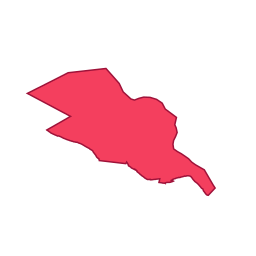 the district of Schouwen-Duiveland, Zeeland, Netherlands, rotated 28°
{"feature_id": "6326949B19243153872397", "entity_name": "Schouwen-Duiveland", "entity_type": "district", "adm_level": 2, "iso_a3": "NLD", "parent_name": "Netherlands", "parent_adm1": "Zeeland", "projection": "robinson", "projection_center": [3.94, 51.688], "detail": "fine", "context": "isolated", "style": "filled", "palette": "rose", "viewbox_px": 256, "rotation_deg": 28, "n_neighbors": 0, "source": "geoboundaries", "source_scale": "gbopen_adm2", "svg_char_len": 4917}
<svg xmlns="http://www.w3.org/2000/svg" viewBox="0 0 256 256"><g transform="rotate(28 128 128)"><path d="M233.1,140.1L230.0,138.4L215.0,129.1L204.8,128.8L200.2,128.2L195.9,126.7L191.8,126.2L187.2,125.7L182.6,125.6L178.1,125.0L175.3,121.2L174.1,117.5L174.0,113.2L173.5,108.9L170.4,105.2L167.8,103.2L165.8,95.9L152.0,93.8L146.5,90.0L139.8,89.3L133.1,90.6L127.3,93.4L123.8,96.6L120.6,100.3L117.0,101.0L106.8,98.4L99.3,92.8L80.6,85.8L63.1,97.8L49.2,107.3L37.8,123.6L29.1,135.9L22.9,144.7L71.8,144.7L63.9,157.3L57.2,167.9L57.5,168.0L57.9,168.0L58.6,168.0L60.3,168.3L60.6,168.3L60.9,168.3L62.4,168.6L62.6,168.6L62.9,168.6L63.2,168.5L63.6,168.5L63.8,168.5L64.0,168.5L64.7,168.5L64.9,168.5L65.1,168.5L65.5,168.4L65.8,168.4L66.7,168.4L67.2,168.3L68.3,168.2L68.9,168.2L69.7,168.1L69.8,168.1L70.0,167.9L70.2,167.7L70.3,167.6L70.6,167.5L70.8,167.5L71.3,167.5L71.8,167.4L72.2,167.4L72.5,167.3L72.9,167.3L73.1,167.3L73.4,167.3L73.6,167.3L73.8,167.3L74.3,167.3L74.9,167.3L75.2,167.3L75.4,167.3L76.0,167.3L76.5,167.2L77.4,167.1L78.0,167.0L78.3,167.0L78.6,167.0L79.1,167.0L79.4,166.9L79.8,166.8L80.0,166.8L80.1,166.7L80.8,166.7L81.4,166.5L81.5,166.5L82.2,166.5L82.4,166.4L82.6,166.4L83.2,166.3L83.5,166.2L84.6,166.0L84.8,166.0L84.9,165.9L85.2,165.8L85.4,165.8L86.0,165.7L86.4,165.7L86.6,165.6L86.9,165.5L87.2,165.4L87.5,165.3L87.8,165.2L88.1,165.1L88.3,165.1L88.6,165.0L88.9,164.9L89.3,164.7L89.6,164.6L89.8,164.5L90.0,164.4L90.3,164.4L90.8,164.4L91.2,164.4L91.4,164.4L91.7,164.4L91.8,164.4L92.2,164.3L92.4,164.2L92.5,164.2L93.4,164.1L94.4,164.0L94.9,164.0L95.2,164.0L95.8,164.0L96.3,164.1L96.5,164.1L97.3,164.1L97.7,164.1L98.1,164.2L98.4,164.2L99.0,164.2L99.3,164.2L99.7,164.2L100.1,164.3L101.2,164.2L101.4,164.2L102.3,164.3L102.6,164.3L102.9,164.2L103.1,164.2L103.3,164.2L103.5,164.2L104.1,164.4L104.2,164.5L104.4,164.5L104.9,164.6L105.0,164.6L105.4,164.5L105.5,164.5L105.8,164.5L106.0,164.5L106.3,164.5L106.5,164.6L107.3,164.7L107.5,164.7L107.8,164.9L108.1,165.1L108.3,165.3L108.5,165.5L108.9,165.6L109.4,165.9L109.9,166.1L110.4,166.4L110.7,166.4L111.3,166.8L111.5,166.9L112.2,167.1L112.3,167.2L112.5,167.3L112.8,167.6L113.0,167.7L113.2,167.8L113.4,168.0L113.6,168.1L113.9,168.3L114.1,168.4L114.5,168.5L115.5,168.8L116.0,168.8L116.2,168.7L116.3,168.7L116.5,168.7L116.6,168.8L116.8,169.0L117.0,169.2L117.1,169.3L117.2,169.5L117.4,169.6L117.6,169.8L117.9,170.0L118.0,170.2L142.8,160.5L142.8,158.7L143.5,159.1L143.9,159.3L144.8,159.9L145.4,160.2L145.5,160.3L145.7,160.6L146.0,161.0L146.3,161.2L146.5,161.2L146.9,161.1L147.1,161.1L148.8,161.3L149.6,161.6L149.8,161.7L150.6,161.6L151.7,161.6L152.4,161.6L152.9,161.6L153.3,161.6L153.7,161.6L154.0,161.6L153.9,161.4L153.7,161.4L153.6,161.2L153.9,161.2L154.0,161.2L154.4,161.3L154.9,161.4L155.2,161.4L156.2,161.7L156.4,161.9L156.1,162.0L156.3,162.2L156.5,162.3L157.1,162.4L157.6,162.5L158.3,162.6L159.1,162.8L159.3,162.8L159.6,162.9L159.8,162.9L160.1,163.1L160.4,163.2L160.6,163.3L161.0,163.3L161.5,163.4L161.9,163.4L162.1,163.5L162.3,163.6L162.9,163.7L163.1,163.7L164.5,163.8L165.2,164.0L165.8,164.1L166.4,164.3L167.1,164.2L167.5,164.2L167.9,164.4L168.2,164.4L168.3,164.4L168.8,164.3L169.4,164.3L170.7,163.6L171.1,163.3L171.3,163.1L171.5,163.0L171.6,163.3L172.1,163.2L172.4,163.1L172.6,163.0L172.8,162.7L173.4,162.5L173.9,162.1L174.7,161.5L175.4,161.0L176.6,160.3L176.8,160.0L177.5,159.6L178.2,159.1L179.9,157.9L180.9,161.6L181.0,161.6L181.7,161.2L181.9,161.1L182.3,161.0L182.5,160.9L182.9,160.8L183.1,160.7L183.4,160.6L183.7,160.5L183.9,160.5L184.1,160.4L184.3,160.4L184.7,160.2L185.2,160.0L185.7,159.8L185.9,159.7L186.2,159.5L186.4,159.4L186.5,159.4L186.4,159.3L186.6,159.1L186.8,158.9L187.1,158.7L187.2,158.4L187.3,158.3L187.5,158.1L188.4,157.5L188.8,157.3L189.3,157.0L189.7,156.8L190.1,156.5L190.4,156.4L190.5,156.3L190.8,156.0L191.1,155.8L191.3,155.5L191.5,155.3L191.9,155.0L192.2,154.6L192.5,154.3L192.6,154.2L193.0,153.6L192.7,153.6L192.4,153.8L192.0,154.0L191.9,154.1L191.5,154.2L191.4,154.2L190.8,154.2L190.7,154.1L190.7,153.9L190.8,153.8L191.2,153.5L191.3,153.5L191.3,153.3L191.4,153.2L191.5,153.1L191.6,152.6L191.6,152.4L191.7,152.2L192.0,152.0L192.5,151.3L192.6,151.2L192.8,151.0L193.5,150.5L193.6,150.4L193.8,150.0L194.0,149.7L194.4,149.3L194.8,149.0L195.1,148.7L195.6,148.4L195.8,148.0L196.2,147.7L196.9,147.5L197.5,146.9L197.7,146.5L198.4,146.0L198.8,145.6L199.5,145.0L199.8,144.7L200.1,144.4L200.6,143.8L200.8,143.8L200.9,143.7L201.7,143.4L201.8,143.3L201.9,143.2L202.3,142.6L202.5,142.5L203.8,141.8L205.0,141.4L206.2,141.3L206.3,141.3L206.5,141.4L206.9,141.6L207.2,141.8L207.7,141.9L208.3,142.2L209.0,142.6L209.4,142.8L210.7,143.3L211.1,143.4L211.9,143.8L215.0,144.3L217.0,144.9L217.7,145.2L218.7,145.6L219.1,145.7L220.4,146.3L220.8,146.5L221.5,146.7L222.0,146.7L222.5,146.6L222.8,146.8L223.5,147.4L223.6,147.5L224.0,148.0L225.2,148.5L226.0,148.9L227.2,149.5L228.2,149.9L229.3,150.1L230.5,149.7L233.1,140.1Z" fill="#f43f5e" stroke="#9f1239" stroke-width="1.5"/></g></svg>